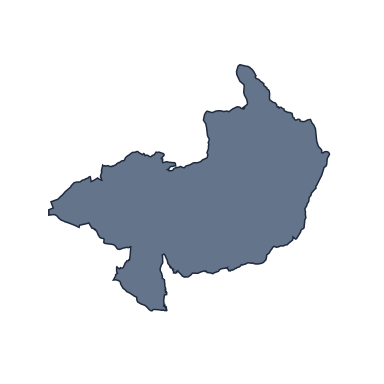 Bran, Brasov, Romania, rotated 249°
{"feature_id": "2599482B26594434202693", "entity_name": "Bran", "entity_type": "district", "adm_level": 2, "iso_a3": "ROU", "parent_name": "Romania", "parent_adm1": "Brasov", "projection": "robinson", "projection_center": [25.377, 45.49], "detail": "fine", "context": "isolated", "style": "filled", "palette": "slate", "viewbox_px": 384, "rotation_deg": 249, "n_neighbors": 0, "source": "geoboundaries", "source_scale": "gbopen_adm2", "svg_char_len": 6058}
<svg xmlns="http://www.w3.org/2000/svg" viewBox="0 0 384 384"><g transform="rotate(249 192 192)"><path d="M287.6,290.7L288.2,289.9L289.4,289.1L289.7,288.1L293.5,282.6L293.3,282.2L293.6,282.0L293.0,280.2L288.7,276.8L285.6,275.9L278.2,276.4L273.9,278.8L272.4,278.8L266.5,276.0L263.6,275.7L260.0,276.2L257.5,276.1L254.7,275.5L254.0,275.1L252.5,270.1L251.6,271.1L250.9,270.0L251.8,268.9L252.2,268.0L254.1,267.0L255.4,264.7L255.0,259.8L253.7,255.1L254.6,254.4L255.3,252.7L255.8,250.2L256.6,249.4L258.2,246.5L259.0,243.3L258.8,240.4L259.1,238.9L262.0,235.2L262.0,234.5L260.5,232.3L259.1,231.0L255.0,228.4L250.7,229.3L247.0,228.7L239.6,226.8L237.7,226.7L235.3,227.1L233.7,226.2L232.5,224.9L230.0,224.6L229.0,223.8L226.6,222.9L223.4,220.1L220.9,220.1L218.5,218.3L218.2,213.3L217.2,210.8L217.4,207.2L218.1,205.9L218.7,203.4L218.1,200.1L218.4,195.5L217.4,193.5L218.1,192.3L220.0,190.4L219.8,189.0L220.5,185.0L220.3,183.5L219.1,181.7L219.3,180.3L219.9,178.5L220.4,178.5L220.4,178.0L221.0,178.0L221.7,177.1L222.0,178.4L223.3,180.8L223.4,181.6L222.8,183.0L222.8,184.5L222.2,186.1L224.7,186.7L225.5,186.3L228.3,180.6L229.4,179.3L229.5,177.5L229.6,177.4L229.9,175.2L231.8,175.5L232.3,176.2L233.3,176.4L234.2,175.3L234.5,175.5L236.1,178.9L236.8,179.3L237.5,179.3L238.2,178.9L241.2,175.3L241.2,174.2L242.1,172.7L240.3,170.2L240.3,167.8L239.8,167.2L239.8,165.7L240.8,164.6L242.1,163.9L242.9,162.2L242.8,161.2L244.8,161.0L245.2,160.7L244.6,159.2L247.9,156.5L249.1,156.0L249.6,154.9L249.5,153.2L250.3,150.5L249.1,146.5L248.8,144.6L247.9,142.3L245.7,139.9L245.7,139.1L246.2,138.0L246.0,136.3L245.4,134.8L245.8,134.1L245.4,131.9L244.9,131.4L244.4,127.5L244.9,126.9L244.5,126.1L245.1,125.0L245.1,124.6L246.5,123.3L246.9,122.6L246.8,121.3L247.1,120.7L247.8,120.3L247.8,119.2L248.2,118.7L249.1,118.3L244.0,114.9L243.0,115.0L240.0,112.5L238.7,112.0L238.5,112.3L235.2,112.0L235.5,111.5L236.5,110.9L237.6,109.6L238.9,109.0L238.0,104.2L237.8,101.6L242.8,102.5L242.9,101.1L242.3,99.9L242.4,98.3L242.2,97.9L242.4,97.6L242.1,96.2L242.3,93.7L241.5,91.0L242.6,88.1L242.9,85.2L241.0,81.3L240.1,80.5L237.7,73.7L235.6,69.9L235.3,68.7L233.3,64.3L233.4,56.8L226.8,56.7L226.7,51.9L221.7,50.0L220.7,54.1L219.9,55.9L217.8,57.5L215.6,58.1L212.6,59.8L211.1,61.6L209.5,62.9L208.4,64.5L203.5,70.0L199.4,73.9L201.3,75.2L200.2,82.3L200.1,84.6L194.1,85.6L193.4,86.7L192.0,88.0L191.9,87.6L189.6,89.0L185.2,89.1L182.6,89.7L181.3,90.9L180.4,92.5L179.4,93.0L176.4,91.5L175.2,92.3L171.7,98.8L169.9,100.8L165.5,102.0L164.3,103.9L164.3,108.0L163.8,110.0L163.8,111.3L162.8,112.5L162.9,113.9L163.1,114.2L162.8,115.2L154.9,111.5L150.9,109.2L151.3,108.4L150.7,108.0L150.7,107.4L151.1,106.3L150.1,105.5L149.9,104.5L146.0,100.6L145.9,99.9L146.1,98.9L147.0,98.2L146.8,97.8L146.4,97.8L146.2,97.1L146.3,96.7L148.0,95.5L149.1,95.1L148.9,94.7L144.4,93.0L142.9,93.3L142.2,91.1L141.6,91.0L140.2,89.7L138.0,87.0L137.4,89.2L136.9,90.0L135.7,91.5L134.5,92.5L132.9,92.8L131.9,92.4L126.9,93.1L124.2,94.8L122.5,95.3L119.5,98.1L115.8,100.6L113.6,102.6L110.8,101.8L108.7,101.9L105.3,104.7L104.3,106.1L102.9,107.5L100.3,108.9L97.5,109.9L95.8,111.2L95.4,112.3L96.1,113.4L95.9,114.6L93.8,119.1L92.4,121.5L91.9,123.1L91.0,124.1L91.1,125.2L91.6,125.4L90.4,125.4L90.4,126.0L91.1,126.2L91.3,125.8L91.7,125.8L92.2,126.3L92.8,126.0L93.0,126.3L92.8,126.4L93.9,126.8L94.1,126.0L94.5,126.1L94.4,125.7L95.1,125.4L95.5,125.6L95.2,125.1L95.7,124.7L96.2,124.9L96.7,125.6L100.7,126.6L105.8,129.4L105.3,131.5L106.8,132.3L107.9,131.4L108.1,131.5L108.1,132.3L108.6,132.3L109.1,131.7L110.7,132.0L110.8,132.5L110.2,132.7L114.5,133.0L115.8,133.7L117.3,133.9L119.8,134.8L122.3,133.4L123.8,134.1L127.3,134.5L129.7,134.1L131.9,134.8L134.9,137.3L136.4,139.3L141.4,141.1L143.8,141.6L143.8,142.6L144.1,143.2L143.7,143.9L142.5,144.1L136.7,144.4L134.2,143.9L132.7,144.2L131.4,144.8L131.0,144.7L130.4,145.0L130.0,144.6L129.2,144.7L129.6,145.4L127.6,146.0L126.6,146.9L126.3,146.0L124.4,146.3L123.1,145.8L123.0,146.7L122.2,147.2L122.2,148.9L123.3,148.9L123.6,150.6L122.5,150.7L118.9,152.3L117.6,152.6L117.6,152.8L117.0,152.9L115.4,154.2L115.4,155.0L115.1,155.0L114.1,158.2L114.4,158.7L114.8,160.9L115.9,162.9L116.0,163.6L114.0,168.3L114.2,171.5L114.0,174.4L113.7,175.6L113.0,175.8L113.0,176.9L111.4,177.2L110.0,180.0L108.2,182.3L108.6,183.5L108.5,188.3L109.5,189.7L109.8,192.0L108.9,196.0L108.8,197.8L108.3,197.2L106.7,198.1L105.3,198.1L104.6,199.6L105.0,199.8L105.1,200.5L104.6,201.6L104.6,203.0L105.1,204.8L104.9,205.7L105.3,207.1L105.1,209.2L105.6,210.9L106.5,212.0L105.7,213.2L105.8,214.8L105.5,216.3L105.9,217.9L105.8,219.0L104.1,222.2L104.1,223.0L102.5,224.7L101.1,227.8L100.5,231.4L100.7,233.5L102.2,236.7L104.6,238.3L106.4,239.1L107.4,242.3L109.0,244.1L109.8,245.5L111.4,247.6L111.8,249.1L110.0,251.3L109.8,254.2L110.0,255.3L108.9,257.9L109.1,260.2L108.6,261.9L109.7,264.4L111.1,268.8L113.8,270.2L112.5,270.7L110.9,271.9L111.0,272.9L115.8,279.1L117.3,280.1L117.8,281.3L118.0,283.1L118.5,283.8L125.1,287.1L125.6,287.4L127.2,289.1L130.8,289.9L132.7,290.8L135.7,291.2L138.1,294.2L139.8,295.4L140.8,297.0L142.1,298.0L145.0,299.5L146.1,301.7L148.2,303.2L150.7,307.9L150.9,309.0L153.0,309.7L153.5,310.7L161.2,319.1L167.6,324.1L168.1,326.3L169.2,327.5L174.9,330.3L177.7,333.7L178.7,334.0L180.3,333.5L181.4,332.4L182.0,330.5L182.0,329.5L181.4,328.3L182.4,327.1L184.1,328.0L185.5,327.9L189.4,326.3L195.0,326.7L206.8,329.9L210.7,329.7L213.9,328.7L217.3,328.6L217.8,326.2L217.8,325.2L217.4,323.1L217.8,321.1L219.3,318.5L220.9,318.6L221.3,318.2L221.9,317.2L221.8,314.8L222.4,314.1L223.7,313.7L224.7,313.8L225.0,313.3L225.9,313.0L229.5,313.6L231.5,311.4L231.9,310.1L234.8,307.3L236.6,307.6L237.2,306.7L239.3,305.4L239.4,304.1L239.1,303.5L239.5,303.2L240.2,303.4L240.7,303.0L240.8,302.1L242.7,302.1L243.3,302.3L245.4,301.6L246.8,299.7L250.3,297.6L252.1,298.0L255.6,299.6L258.6,300.3L260.1,299.9L261.2,298.9L262.2,299.2L263.0,298.6L263.8,298.5L265.2,297.4L266.5,297.4L267.5,297.9L268.1,297.3L269.1,297.0L270.5,295.8L273.3,294.6L275.0,292.5L276.9,292.3L277.5,293.4L282.2,292.8L285.0,292.0L286.9,290.8L287.6,290.7Z" fill="#64748b" stroke="#1e293b" stroke-width="1.5"/></g></svg>